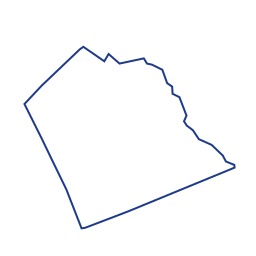 Jones, Georgia, United States of America, rotated 168°
{"feature_id": "52423323B97127837198409", "entity_name": "Jones", "entity_type": "district", "adm_level": 2, "iso_a3": "USA", "parent_name": "United States of America", "parent_adm1": "Georgia", "projection": "natural_earth1", "projection_center": [-83.617, 33.014], "detail": "fine", "context": "isolated", "style": "outline", "palette": "blue", "viewbox_px": 256, "rotation_deg": 168, "n_neighbors": 0, "source": "geoboundaries", "source_scale": "gbopen_adm2", "svg_char_len": 523}
<svg xmlns="http://www.w3.org/2000/svg" viewBox="0 0 256 256"><g transform="rotate(168 128 128)"><path d="M203.6,187.4L224.3,173.0L214.7,136.0L209.0,112.7L201.1,80.8L194.3,39.5L190.7,39.3L145.3,46.4L32.0,67.1L31.7,69.8L39.2,74.9L41.0,81.3L49.7,94.1L61.0,102.3L65.0,112.4L70.0,118.1L71.8,122.9L68.2,128.0L71.3,147.5L77.3,152.2L76.2,159.3L80.4,163.8L82.3,177.8L91.4,185.0L96.1,187.1L98.0,192.8L122.9,192.8L131.6,204.4L137.3,198.2L154.8,216.7L158.9,214.9L203.6,187.4Z" fill="none" stroke="#1e3a8a" stroke-width="2"/></g></svg>